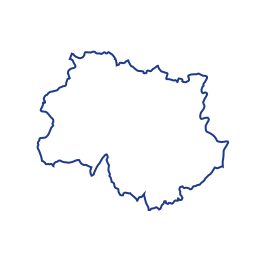 outline of Moc Chau, Son La, Vietnam, rotated 74°
{"feature_id": "81297802B18330735489877", "entity_name": "Moc Chau", "entity_type": "district", "adm_level": 2, "iso_a3": "VNM", "parent_name": "Vietnam", "parent_adm1": "Son La", "projection": "orthographic", "projection_center": [104.628, 20.87], "detail": "fine", "context": "isolated", "style": "outline", "palette": "blue", "viewbox_px": 256, "rotation_deg": 74, "n_neighbors": 0, "source": "geoboundaries", "source_scale": "gbopen_adm2", "svg_char_len": 5767}
<svg xmlns="http://www.w3.org/2000/svg" viewBox="0 0 256 256"><g transform="rotate(74 128 128)"><path d="M94.4,65.3L94.6,65.8L95.3,66.5L97.4,67.7L97.4,67.9L96.0,68.4L95.0,69.4L95.0,70.7L94.7,71.5L93.6,72.9L92.3,75.3L91.6,77.4L91.4,77.6L90.6,77.5L87.5,75.4L86.9,75.1L86.1,75.3L82.7,80.4L79.7,81.8L77.7,82.1L76.5,82.0L76.4,82.2L76.6,83.3L77.5,85.3L78.4,88.2L79.6,90.1L79.6,90.8L78.5,92.5L78.2,93.4L78.4,94.0L79.3,94.7L80.0,95.0L80.2,95.5L80.0,96.8L79.6,97.7L79.3,97.8L78.0,97.8L77.5,98.2L76.9,99.8L76.4,101.4L75.9,102.4L75.2,103.3L73.8,104.4L70.2,106.7L69.5,107.8L68.3,108.3L64.5,109.1L63.1,109.1L63.0,109.5L63.4,111.4L64.2,112.9L64.5,114.1L64.3,114.9L63.2,117.1L63.1,117.7L64.6,119.4L64.7,121.3L64.7,121.6L62.2,121.0L61.1,121.2L59.9,120.9L58.6,121.0L58.1,121.6L57.6,121.4L56.7,121.4L53.2,122.8L49.8,125.7L49.8,126.0L50.5,127.7L50.2,128.5L49.0,129.4L48.7,130.1L48.7,130.4L49.1,131.4L49.3,132.1L49.4,133.1L49.2,133.8L48.6,134.5L48.4,135.3L47.7,137.4L47.0,138.2L46.1,138.6L45.8,138.8L45.4,139.3L45.0,140.6L45.2,142.7L44.0,146.5L43.8,146.8L43.4,147.9L43.5,148.3L44.1,149.0L44.5,149.3L46.0,150.0L47.0,151.2L47.5,151.9L47.7,153.1L47.7,154.7L47.6,155.1L47.1,156.0L45.1,158.5L43.2,159.8L42.1,160.2L41.7,160.5L41.1,161.6L42.0,162.0L43.1,163.1L44.7,164.1L45.6,165.0L45.9,164.7L46.4,163.6L47.9,162.4L49.1,162.4L50.9,162.1L53.3,161.4L54.7,161.7L55.3,162.9L55.3,166.4L55.5,167.3L56.5,169.4L57.7,170.2L59.0,170.7L60.6,170.4L62.6,170.6L62.9,170.4L63.8,170.3L64.1,170.3L64.3,170.7L64.2,171.8L64.2,172.2L64.5,172.8L65.1,173.3L65.9,173.8L67.3,174.8L69.4,175.6L69.7,175.9L70.0,176.4L70.2,177.1L70.0,179.0L70.3,181.9L70.6,183.2L71.8,184.9L72.1,185.5L72.2,186.4L72.1,189.9L71.9,192.4L72.0,193.5L72.6,195.1L73.7,196.4L73.9,198.0L74.2,198.6L74.8,199.5L76.3,200.8L77.9,201.0L79.3,200.5L80.7,200.8L80.8,201.2L80.1,202.3L80.2,202.6L80.7,203.0L81.8,203.1L83.2,204.0L85.8,206.4L87.1,207.1L88.1,206.5L89.7,202.8L90.2,202.2L92.0,201.0L95.8,199.4L99.1,197.7L99.9,197.7L101.3,198.0L103.0,199.4L104.8,199.2L105.3,199.7L106.4,201.5L107.2,202.2L108.7,203.3L110.8,205.0L112.6,206.7L113.4,207.8L114.0,209.1L114.4,210.5L114.0,212.6L113.6,214.4L113.6,215.5L114.0,216.0L115.1,216.5L115.7,217.0L117.0,218.5L118.0,218.9L119.1,218.7L119.6,218.9L120.1,219.2L120.7,219.8L121.5,220.2L122.6,220.3L125.7,219.7L130.5,219.4L131.8,219.3L136.0,219.7L136.6,218.8L137.4,218.1L138.5,217.4L139.8,217.1L140.0,216.9L140.4,216.2L140.5,214.6L141.0,214.0L141.3,213.5L141.3,211.8L141.4,211.6L142.5,210.8L143.4,210.5L144.0,210.3L144.1,210.2L143.1,209.9L142.7,209.6L141.8,208.8L141.4,208.3L141.0,207.4L140.8,206.4L140.9,205.4L140.8,204.9L140.3,203.8L140.4,202.8L140.8,201.9L142.3,200.4L143.5,198.3L144.0,196.8L144.9,195.2L145.2,192.9L145.3,190.7L144.8,186.2L145.0,184.8L145.3,184.1L145.5,183.7L147.1,183.5L149.2,182.8L150.5,181.7L151.4,180.6L151.8,178.8L152.1,178.3L153.9,176.4L155.3,174.5L155.7,174.0L158.2,175.8L159.2,176.2L160.9,176.5L163.8,176.2L163.8,175.6L163.2,173.8L161.9,173.0L160.0,171.5L157.0,168.8L155.4,167.1L154.0,165.0L150.1,161.1L149.2,159.6L148.0,158.0L147.3,156.3L147.6,155.8L149.1,155.5L150.4,155.5L151.0,155.8L152.5,157.3L153.3,157.4L155.8,157.2L157.6,156.9L158.1,156.6L158.7,156.6L160.3,157.4L163.0,158.4L164.3,158.5L166.3,158.2L167.6,158.2L168.1,158.4L168.7,159.0L169.0,159.1L170.4,158.5L171.7,158.3L174.4,158.4L175.2,158.6L175.6,158.3L176.5,157.1L177.7,156.8L180.6,157.0L181.5,156.8L182.0,156.6L183.8,154.4L184.1,154.2L185.0,154.3L186.5,154.7L189.9,154.1L190.4,153.7L190.8,153.2L191.3,151.4L190.6,151.0L189.6,150.2L189.3,148.8L189.5,148.1L190.1,147.0L190.7,145.8L191.1,145.2L191.3,143.9L191.9,143.7L194.8,141.9L196.2,140.9L197.5,140.2L198.5,139.5L200.1,139.3L200.4,139.2L200.3,138.9L197.8,136.6L197.7,135.3L198.0,134.7L198.0,133.8L195.8,130.6L196.4,130.9L196.6,131.1L204.1,131.3L205.8,131.2L209.4,130.4L210.3,130.4L212.5,130.7L212.9,129.3L212.0,127.9L212.3,124.6L212.1,123.8L212.1,122.4L214.0,120.9L214.9,120.6L214.8,119.6L214.1,118.7L211.6,116.8L210.6,114.9L209.4,113.8L208.8,113.5L208.5,113.3L208.5,113.0L208.8,112.0L210.7,112.1L210.9,112.0L211.4,111.2L211.8,110.8L212.0,110.5L211.9,110.2L211.6,110.1L211.4,109.7L211.3,109.4L211.4,108.6L211.6,108.3L212.4,107.4L212.9,106.5L212.2,104.9L211.0,103.5L210.8,102.9L210.8,101.9L211.3,101.2L211.5,100.7L211.5,99.5L211.3,99.2L209.9,99.5L209.5,99.3L209.8,98.9L210.4,98.7L211.1,98.4L211.8,97.3L211.8,96.6L211.5,95.9L210.2,94.9L208.1,95.3L206.4,96.1L204.4,95.7L203.8,95.3L203.0,95.3L201.5,95.7L200.4,95.1L199.3,94.3L199.2,94.1L199.2,92.8L199.0,91.9L199.4,91.6L200.2,91.4L201.0,90.8L201.3,90.3L201.3,89.1L201.6,88.0L202.7,86.2L204.0,85.2L204.2,83.9L203.7,83.0L202.8,82.3L202.2,81.4L202.1,80.8L202.5,79.1L202.0,77.4L202.0,76.6L202.3,74.8L201.1,72.9L199.5,69.2L198.5,68.4L197.7,67.3L196.3,64.7L195.5,63.4L195.1,61.6L193.3,59.1L190.0,55.6L190.0,55.2L191.2,53.6L191.3,51.8L191.1,51.2L190.8,48.9L191.0,47.8L191.3,47.5L186.4,46.3L184.1,45.1L180.3,43.6L176.2,42.3L174.6,41.0L172.3,38.3L170.2,36.3L169.5,35.7L168.5,35.8L168.0,37.0L167.3,42.1L166.6,43.2L166.3,44.3L165.6,45.3L164.8,46.0L162.8,46.3L160.5,47.0L157.7,48.7L154.8,51.4L153.6,53.0L152.4,53.6L150.6,53.6L147.4,52.8L144.5,50.1L143.3,48.7L142.1,48.0L141.0,48.0L140.2,48.5L139.6,50.0L139.6,54.7L139.0,55.4L137.3,55.6L135.2,54.8L133.4,53.7L130.6,50.1L128.5,48.6L127.2,48.4L125.3,48.7L123.7,48.6L123.1,47.9L121.0,46.2L119.2,44.2L117.5,42.7L116.5,42.6L115.8,43.0L115.1,43.9L115.2,46.2L114.6,46.9L113.1,47.2L111.3,46.7L109.1,45.2L108.2,43.7L106.9,43.6L106.1,42.8L103.7,40.0L101.8,38.3L100.7,38.0L100.2,38.1L99.2,39.2L98.6,41.2L98.3,41.7L95.2,45.0L95.1,46.1L95.2,47.5L94.6,49.5L93.9,53.0L94.2,55.2L94.5,55.7L95.2,56.0L96.1,55.8L97.6,55.9L98.4,56.0L98.9,56.3L99.4,57.1L99.8,59.1L99.9,59.9L99.7,60.6L99.0,62.1L98.1,62.9L97.2,62.5L96.6,62.5L96.2,62.6L95.5,63.4L94.4,65.3Z" fill="none" stroke="#1e3a8a" stroke-width="2"/></g></svg>